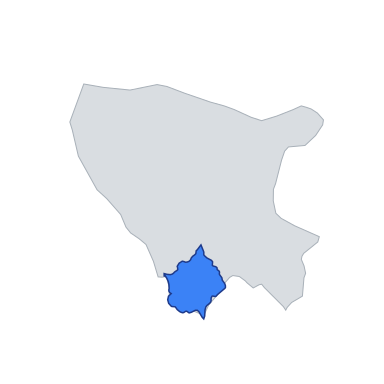 where Cankuzo sits in Burundi, rotated 109°
{"feature_id": "BDI-2632", "entity_name": "Cankuzo", "entity_type": "Province", "adm_level": 1, "iso_a3": "BDI", "parent_name": "Burundi", "parent_adm1": "", "projection": "albers", "projection_center": [30.587, -3.141], "detail": "fine", "context": "in_parent", "style": "filled", "palette": "blue", "viewbox_px": 384, "rotation_deg": 109, "n_neighbors": 0, "source": "natural_earth", "source_scale": "10m", "svg_char_len": 2373}
<svg xmlns="http://www.w3.org/2000/svg" viewBox="0 0 384 384"><g transform="rotate(109 192 192)"><path d="M273.2,64.9L270.6,68.3L258.8,92.5L256.5,96.1L257.8,98.3L262.8,102.9L259.9,110.5L258.7,112.6L256.5,119.7L257.7,126.2L260.5,128.6L268.2,131.7L279.7,134.0L293.3,139.4L302.4,140.4L304.5,144.3L304.1,151.3L306.4,157.4L306.4,168.3L303.7,177.8L289.7,182.3L282.5,187.2L280.6,189.7L282.3,192.5L283.3,196.4L270.1,205.9L256.6,218.4L253.4,226.8L250.7,236.7L246.7,243.0L236.5,252.1L226.0,270.5L220.8,282.5L195.1,311.1L172.3,325.4L165.6,330.3L125.1,329.5L122.0,310.2L115.8,283.8L101.8,260.0L100.4,250.1L101.0,230.9L101.0,203.9L100.1,189.4L100.3,178.8L102.1,160.4L101.9,149.4L92.7,136.7L81.2,123.2L75.0,116.7L74.7,111.3L74.7,106.4L76.5,99.2L81.0,91.2L86.0,90.3L98.3,93.5L111.2,100.3L118.0,115.5L123.2,117.7L132.7,117.7L156.9,115.7L162.9,115.9L173.9,112.3L184.8,105.8L187.9,99.1L190.5,84.1L192.8,57.1L198.3,56.8L213.6,66.4L216.9,67.1L220.1,66.7L225.4,62.0L231.9,58.1L236.7,58.2L254.5,53.7L264.0,61.8L270.0,64.4L273.2,64.9Z" fill="#d9dde1" stroke="#a8b0b8" stroke-width="1"/><path d="M264.8,135.0L265.4,134.8L267.9,131.3L269.5,130.0L271.3,129.3L272.3,129.5L280.7,134.5L282.4,135.2L283.0,135.6L283.3,136.4L283.6,138.5L284.0,139.1L285.7,139.4L287.1,139.1L288.3,138.6L289.9,138.5L291.5,139.1L294.5,141.0L296.2,141.5L299.2,141.3L305.2,139.6L308.2,139.6L307.4,141.1L307.0,141.8L303.0,146.4L302.1,148.5L302.8,150.4L305.9,153.4L307.2,155.2L307.2,155.8L306.6,157.6L306.5,158.3L307.0,159.3L308.6,160.5L309.2,161.4L309.3,163.1L309.1,164.7L308.0,167.7L306.1,170.3L306.2,171.3L306.8,173.6L306.8,174.3L304.9,177.8L301.8,179.9L298.2,180.3L294.8,178.6L294.4,180.2L293.6,181.3L292.3,182.0L290.7,182.2L287.2,183.6L284.4,185.3L281.9,187.6L279.6,190.4L280.5,190.9L280.4,191.0L278.2,191.8L278.0,188.9L277.2,185.6L276.2,184.1L274.9,183.1L273.5,182.5L272.3,181.7L271.3,180.8L270.0,180.2L268.4,180.9L267.1,181.8L263.5,181.0L260.6,178.7L260.4,177.0L260.5,175.2L259.7,173.6L258.5,172.2L256.7,171.3L254.5,171.2L252.5,170.4L250.7,169.1L249.1,168.3L246.2,168.9L245.1,168.3L244.0,167.9L239.1,166.3L244.4,161.7L245.4,161.1L247.1,160.6L248.0,159.9L249.5,156.4L250.3,151.3L251.3,149.8L254.7,148.9L255.1,147.9L254.9,145.2L255.4,143.8L256.3,143.3L257.2,142.9L257.8,140.9L258.5,140.1L259.4,139.7L260.6,139.5L261.3,138.8L263.3,135.9L264.7,135.1L264.8,135.0Z" fill="#3b82f6" stroke="#1e3a8a" stroke-width="1.5"/></g></svg>